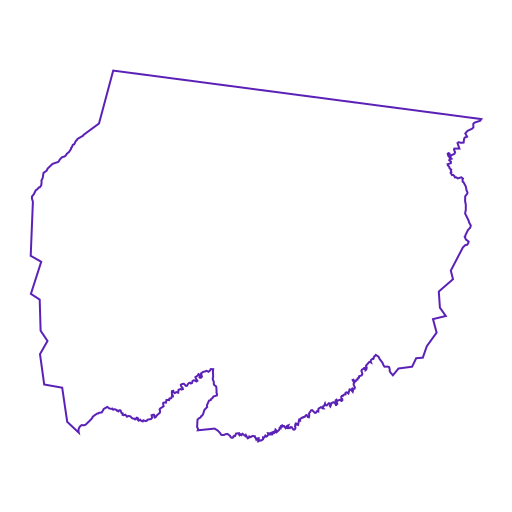 Tarauacá, Acre, Brazil
{"feature_id": "56859067B77196196599270", "entity_name": "Tarauacá", "entity_type": "district", "adm_level": 2, "iso_a3": "BRA", "parent_name": "Brazil", "parent_adm1": "Acre", "projection": "robinson", "projection_center": [-71.381, -8.261], "detail": "fine", "context": "isolated", "style": "outline", "palette": "violet", "viewbox_px": 512, "rotation_deg": 0, "n_neighbors": 0, "source": "geoboundaries", "source_scale": "gbopen_adm2", "svg_char_len": 6065}
<svg xmlns="http://www.w3.org/2000/svg" viewBox="0 0 512 512"><path d="M30.7,255.8L41.2,261.8L30.9,293.9L39.7,299.6L40.6,330.7L47.5,341.0L40.0,354.1L44.2,384.5L62.2,387.7L67.2,421.8L78.8,432.7L78.5,431.1L78.6,429.1L79.5,427.1L80.6,425.9L81.6,425.1L83.9,425.3L85.6,424.7L90.3,420.2L92.3,417.9L92.7,416.8L94.7,415.2L97.1,413.6L98.2,413.5L98.7,412.9L101.8,412.4L103.8,408.9L107.3,406.9L109.1,408.4L111.6,408.9L112.3,408.6L113.1,409.7L114.6,409.2L116.4,409.9L117.0,410.7L117.7,410.5L118.3,411.4L119.8,410.2L120.5,410.4L121.6,413.1L122.7,413.4L122.6,414.9L123.4,415.2L125.4,414.7L127.0,416.7L128.1,416.0L130.3,416.3L131.9,418.0L133.3,418.7L134.5,418.7L135.1,419.4L136.0,418.7L136.6,417.7L137.6,417.9L138.1,418.6L137.7,419.7L138.7,420.7L140.2,419.7L141.0,420.7L142.8,421.4L143.4,420.3L145.6,421.1L146.9,420.7L147.5,419.7L151.1,419.0L152.1,417.8L151.6,415.2L153.0,414.8L154.0,414.7L154.5,415.6L154.2,416.7L154.9,417.6L155.6,417.2L157.1,415.1L159.8,412.8L160.1,411.4L159.6,409.3L160.2,408.5L163.6,406.3L163.1,403.9L163.3,402.8L164.1,402.5L165.9,402.7L166.5,399.9L169.1,400.1L169.3,398.6L170.0,398.3L170.7,398.5L171.4,398.0L171.9,396.1L172.9,396.3L172.8,395.4L172.0,394.6L171.8,392.0L172.0,391.1L173.2,390.8L173.7,392.3L174.7,393.1L176.4,392.1L178.2,392.7L178.5,389.8L180.6,389.0L181.6,389.6L182.9,389.1L182.6,387.9L181.2,386.4L180.8,384.9L181.6,384.2L183.8,383.7L185.9,385.9L186.8,385.9L188.2,383.7L189.2,382.9L190.0,382.7L190.8,383.5L192.0,383.0L192.6,380.9L193.5,380.4L194.7,380.5L196.5,381.5L197.4,380.8L195.9,378.5L195.4,377.1L197.7,375.6L198.5,374.1L199.5,374.7L200.0,376.3L199.5,377.4L200.2,377.8L201.0,377.7L201.9,376.7L201.1,373.3L203.3,371.8L205.4,371.4L206.5,370.8L208.5,371.8L210.3,370.2L210.7,369.1L213.2,369.2L212.9,371.7L213.2,377.0L212.7,378.0L212.9,379.7L213.8,381.8L213.8,384.1L214.3,385.1L216.0,386.3L216.3,387.1L216.6,391.4L216.4,392.2L217.0,394.2L216.9,395.4L213.5,396.5L212.4,398.1L211.0,399.2L210.7,400.1L209.0,400.6L206.9,405.3L207.2,407.0L204.4,409.9L203.0,414.4L201.8,415.9L201.0,416.3L200.6,417.4L198.4,418.7L197.5,419.7L197.1,427.0L198.2,429.2L197.8,430.3L214.6,428.6L217.9,430.7L220.0,432.9L220.9,434.5L221.8,435.0L224.3,434.9L225.5,434.2L227.4,433.9L230.1,435.9L230.6,437.1L231.3,437.6L232.2,437.8L233.2,437.4L233.4,436.4L234.1,435.8L235.1,436.0L236.0,433.6L238.9,433.2L238.9,434.3L239.6,435.3L240.7,434.3L241.4,435.1L242.5,433.8L245.4,436.1L245.9,435.1L247.7,438.3L248.6,438.0L249.3,436.4L250.8,437.1L252.5,435.9L254.9,436.3L255.0,437.4L255.7,437.9L256.3,439.6L257.2,438.5L258.7,438.2L258.7,439.4L258.1,440.6L258.2,441.4L260.2,440.3L261.0,440.6L263.1,439.3L263.0,437.3L264.3,437.4L265.3,435.6L266.3,436.6L267.2,436.1L268.4,434.2L268.0,433.2L269.6,433.4L269.7,434.5L271.8,434.4L271.0,432.9L273.3,431.9L273.4,433.3L274.3,433.0L274.9,432.4L275.5,429.6L276.3,430.4L276.7,432.1L277.3,431.6L279.1,429.9L279.6,429.1L279.5,428.0L280.1,427.4L280.7,427.9L280.9,426.0L281.9,425.5L281.9,426.7L282.7,426.7L283.3,426.0L284.1,426.0L285.6,428.1L287.2,425.8L288.4,425.3L287.3,428.1L288.0,428.3L288.9,427.6L289.9,428.1L290.6,427.1L291.6,427.1L293.4,429.6L294.4,429.6L295.2,428.8L295.5,427.4L295.0,426.6L295.4,424.1L295.9,423.4L296.6,423.7L297.0,424.7L298.1,425.0L299.1,419.8L300.1,420.4L300.0,419.2L301.7,417.8L302.7,417.8L303.3,417.0L304.7,416.9L305.8,415.3L306.7,415.0L307.9,417.1L308.9,417.3L309.3,415.6L309.0,413.5L311.2,410.3L312.1,410.1L315.1,413.0L315.9,412.7L317.2,411.0L318.3,411.5L318.5,408.7L321.0,407.1L322.6,408.4L323.5,408.4L322.7,407.4L323.2,406.2L324.2,405.7L325.0,403.6L325.5,405.2L326.8,405.4L328.8,403.2L329.9,403.5L330.2,404.6L329.8,405.8L330.3,406.5L331.7,403.0L333.3,402.2L335.5,403.7L336.1,405.8L336.3,404.6L337.3,403.9L337.0,402.7L335.5,401.3L335.7,400.3L336.5,399.7L337.2,400.9L339.8,399.8L341.5,401.0L342.3,400.4L342.3,399.1L341.4,398.4L341.2,396.9L341.8,395.9L342.9,395.9L343.6,394.8L345.5,394.4L345.3,393.3L345.8,392.6L346.8,392.3L348.4,393.5L349.6,389.4L350.9,389.7L352.7,391.8L353.0,390.6L351.7,389.3L352.4,388.4L353.4,389.0L354.5,388.7L354.9,387.5L353.7,384.8L353.6,383.9L354.2,382.9L352.7,380.0L353.5,379.7L354.5,381.7L355.6,381.4L356.5,379.7L357.5,379.7L357.8,378.2L359.0,377.7L359.0,376.3L361.4,375.5L362.0,374.9L362.4,373.9L361.4,370.8L362.0,369.6L363.7,368.7L364.5,369.0L364.3,368.0L365.3,367.8L365.5,370.2L366.3,369.5L366.7,367.8L366.0,365.7L369.1,362.1L369.9,361.9L371.0,362.5L370.6,361.4L371.0,360.0L372.6,358.7L373.4,358.9L374.2,356.4L375.1,355.9L375.8,354.9L378.5,356.7L379.7,359.1L382.4,362.6L383.6,365.5L384.5,366.7L387.6,366.6L389.1,367.1L389.7,369.4L389.7,371.0L390.3,372.3L392.9,375.3L398.5,368.5L412.1,366.7L416.2,358.2L422.8,357.7L426.8,346.2L436.6,332.6L433.0,319.1L445.8,316.0L439.9,307.7L438.8,291.5L453.0,279.2L450.8,270.6L462.9,247.4L465.3,245.1L467.1,244.8L468.2,243.3L468.6,241.5L465.9,239.5L464.7,236.7L465.4,236.0L465.5,235.0L468.0,230.0L470.3,227.5L470.8,225.5L469.1,222.5L468.6,220.6L465.1,213.5L465.8,209.8L465.8,204.6L465.1,201.2L465.2,196.3L467.2,193.7L467.5,192.5L466.5,190.2L465.8,186.5L463.5,182.2L462.7,181.8L462.5,179.5L463.0,178.6L461.3,177.3L457.8,178.4L456.1,177.3L454.9,177.4L454.5,176.2L453.1,174.9L452.0,175.1L450.6,172.8L451.4,172.0L450.8,170.8L451.2,169.6L449.6,168.4L449.3,166.9L447.8,165.3L447.6,164.2L450.8,163.2L450.9,161.6L449.2,160.2L449.6,159.3L451.5,158.7L450.7,157.8L449.7,157.6L448.2,155.7L447.7,153.7L448.6,153.1L449.5,153.6L449.8,155.9L450.6,156.3L451.4,155.2L454.4,153.9L455.1,152.2L454.0,149.7L454.3,148.6L459.4,148.6L457.5,143.1L458.6,142.2L461.0,142.8L463.6,142.6L464.1,138.9L464.7,137.6L467.1,136.7L465.3,133.4L467.5,130.9L472.1,128.7L473.4,127.4L473.3,123.8L473.8,123.2L475.3,122.3L480.1,120.8L481.3,119.1L113.2,70.6L99.0,123.5L83.5,134.9L83.1,135.7L77.5,138.9L76.7,140.3L75.9,140.8L74.2,144.3L72.8,144.8L71.9,147.1L71.1,147.9L71.1,148.8L69.0,152.0L66.9,153.7L65.6,155.7L64.5,156.5L62.1,157.2L59.8,159.5L58.7,161.5L58.0,162.0L52.5,163.9L47.6,168.6L46.7,170.6L43.5,172.9L42.7,178.0L41.4,180.7L41.6,182.4L41.2,185.4L39.7,187.4L38.7,187.5L37.4,189.2L35.8,190.2L33.9,194.1L32.0,196.5L31.9,198.5L32.9,201.7L30.7,255.8Z" fill="none" stroke="#5b21b6" stroke-width="2"/></svg>